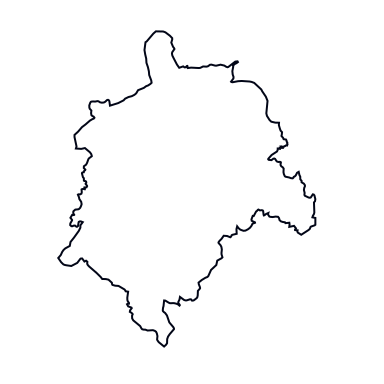 Ha Hoa, Phú Thọ, Vietnam, rotated 96°
{"feature_id": "81297802B43584820413656", "entity_name": "Ha Hoa", "entity_type": "district", "adm_level": 2, "iso_a3": "VNM", "parent_name": "Vietnam", "parent_adm1": "Phú Thọ", "projection": "orthographic", "projection_center": [105.009, 21.586], "detail": "fine", "context": "isolated", "style": "outline", "palette": "ink", "viewbox_px": 384, "rotation_deg": 96, "n_neighbors": 0, "source": "geoboundaries", "source_scale": "gbopen_adm2", "svg_char_len": 6028}
<svg xmlns="http://www.w3.org/2000/svg" viewBox="0 0 384 384"><g transform="rotate(96 192 192)"><path d="M271.6,318.1L275.5,314.8L277.4,312.4L277.8,311.2L278.0,309.5L278.2,304.3L274.5,298.7L270.2,296.1L269.8,295.6L269.6,294.3L272.4,291.7L271.4,290.2L272.3,288.8L274.4,288.7L275.4,288.1L276.7,286.7L282.5,278.4L286.1,273.9L287.9,272.2L287.6,268.7L287.9,265.9L290.6,262.2L291.7,262.0L292.7,261.4L293.2,258.6L293.1,255.4L293.3,254.8L296.0,248.9L297.1,247.9L297.7,247.6L297.8,245.1L303.9,245.3L306.1,245.0L307.3,244.5L308.9,243.1L309.6,243.0L309.8,244.2L310.4,244.9L312.4,243.5L313.3,240.1L313.8,239.8L316.2,241.2L317.7,241.3L318.5,239.5L319.7,238.2L321.3,238.7L324.0,238.3L325.8,237.0L330.8,229.5L333.0,228.0L333.7,227.2L333.9,225.9L333.8,223.9L334.4,221.7L333.5,216.4L334.0,214.4L334.8,213.1L336.3,212.2L338.9,211.3L342.3,211.3L343.1,210.9L344.8,209.4L348.6,203.6L346.7,201.9L345.0,201.0L340.8,201.3L338.3,200.7L335.7,199.3L330.3,195.6L329.5,195.7L328.3,196.5L324.1,200.9L317.4,204.0L315.1,206.1L314.3,207.5L313.4,208.5L312.6,208.7L310.2,208.7L308.5,208.4L302.8,208.4L302.8,207.2L304.5,203.6L304.9,202.3L304.4,198.3L304.7,196.0L305.2,194.2L306.3,192.6L305.8,192.3L305.4,192.5L304.0,193.9L303.4,194.1L302.7,194.1L300.3,193.2L297.6,193.0L300.2,188.6L300.5,187.2L300.4,186.1L298.9,182.7L298.9,181.7L300.0,180.7L299.9,179.7L299.4,178.7L297.0,176.2L296.0,175.7L294.2,175.5L289.7,175.8L287.2,174.0L286.7,173.9L285.5,174.3L283.0,175.6L281.4,176.0L278.5,173.1L275.9,169.7L274.9,167.8L273.9,167.0L267.5,164.9L262.1,160.2L257.6,159.7L254.8,155.7L253.8,154.9L250.9,156.1L249.6,156.3L246.1,156.3L243.6,157.0L242.0,158.0L240.0,160.2L239.3,160.4L237.7,159.5L235.5,157.7L232.2,155.9L232.1,152.5L233.0,149.2L232.3,148.5L230.8,148.0L230.3,147.2L228.9,143.2L224.3,143.9L221.4,143.5L223.2,141.8L224.4,140.0L225.2,136.8L224.8,134.8L223.2,132.4L221.5,130.6L219.4,129.3L217.2,128.5L216.0,126.1L215.6,126.2L214.4,129.6L213.0,130.0L209.4,129.1L209.4,128.1L204.7,126.2L204.0,125.4L202.8,124.6L202.5,124.0L203.2,122.6L202.8,120.8L202.9,119.8L203.4,119.3L207.2,118.4L207.8,118.1L207.6,117.6L206.1,116.0L204.9,113.9L206.0,114.1L206.6,113.9L208.3,112.5L208.5,111.8L208.5,109.2L207.7,106.2L207.7,103.8L208.9,102.7L210.8,102.0L211.9,100.5L212.3,98.7L212.4,96.4L213.2,95.8L212.4,92.0L213.9,91.6L216.5,91.6L215.0,87.0L217.3,84.8L218.7,85.6L219.1,85.5L219.1,83.0L220.3,83.1L221.3,82.5L223.1,78.9L217.7,72.2L216.4,71.0L214.5,70.5L214.0,70.1L212.3,66.5L211.7,65.9L204.9,66.6L204.6,69.6L203.1,69.3L201.1,68.4L199.6,68.2L189.6,69.6L188.3,68.7L186.2,68.6L182.6,69.9L181.8,70.7L181.7,71.6L185.0,73.3L185.4,74.1L185.3,75.5L183.9,79.4L183.1,79.9L181.1,79.9L178.3,80.9L176.0,80.8L174.7,80.3L173.5,80.4L172.0,81.6L170.9,84.0L169.4,84.2L168.1,85.6L165.3,86.0L164.0,86.9L160.8,88.0L161.9,89.5L164.8,90.6L165.7,91.4L166.3,92.4L167.1,92.6L167.9,93.3L167.9,95.0L167.4,96.9L167.0,100.7L166.5,101.4L164.6,102.5L162.7,103.1L159.1,103.3L157.9,104.4L157.1,105.9L156.0,106.7L154.6,106.9L153.7,106.6L153.0,106.9L152.8,107.7L153.1,109.0L152.9,110.5L152.3,111.3L150.4,112.8L150.1,113.7L150.4,114.6L152.0,116.3L152.0,119.0L151.6,119.6L151.0,119.6L146.9,116.7L142.8,111.7L141.3,111.2L139.8,111.3L139.9,109.2L138.9,109.4L138.7,107.0L137.4,108.3L137.3,107.9L137.7,105.8L137.4,105.3L136.8,105.0L136.6,104.2L135.7,103.2L135.8,102.3L134.5,102.0L133.5,102.5L132.8,102.4L132.0,103.1L130.9,103.4L130.0,104.0L129.9,106.4L128.7,107.0L126.9,108.9L125.6,108.7L123.1,108.7L121.7,110.3L119.6,111.3L116.4,112.6L114.0,112.7L114.3,116.4L113.8,120.5L112.3,122.4L108.5,125.4L106.0,126.3L93.5,126.4L89.5,128.5L84.5,132.7L82.8,133.8L77.0,141.5L76.3,144.2L76.1,146.3L76.4,154.2L77.0,157.8L78.6,163.1L78.5,164.3L78.2,164.7L74.8,162.7L73.3,162.7L70.9,163.8L67.6,164.5L63.0,164.1L62.2,164.4L60.4,163.1L59.2,161.2L58.0,159.9L57.3,160.4L57.8,162.6L63.9,169.0L64.2,169.8L63.8,171.3L62.9,173.0L62.4,176.9L63.8,181.0L63.9,182.2L63.3,186.0L63.6,187.4L65.3,189.3L65.8,190.6L66.0,194.1L67.7,196.8L68.0,198.2L68.4,205.9L69.2,209.2L68.8,209.6L67.4,209.6L67.1,209.8L67.2,210.2L68.5,211.3L68.8,211.9L68.8,212.5L68.0,213.9L69.8,217.7L66.8,220.3L60.9,224.2L58.4,225.8L56.5,226.4L55.1,226.3L51.6,224.4L50.5,225.1L49.6,226.0L45.6,228.2L42.3,227.6L41.0,227.8L38.9,230.3L36.0,235.1L35.4,237.4L36.0,244.7L38.5,247.0L47.0,252.8L47.9,253.9L55.8,254.1L60.1,252.9L64.1,251.5L68.3,250.8L72.4,248.9L76.5,247.5L80.1,246.8L85.3,244.2L87.6,243.6L88.9,244.7L90.7,246.9L91.5,248.6L93.5,250.8L96.4,256.3L99.5,257.7L100.5,258.5L101.5,259.6L103.0,261.9L104.2,265.1L105.7,267.5L106.1,268.2L108.0,269.6L111.3,274.7L114.7,282.6L110.3,283.7L109.4,284.4L109.1,285.2L109.5,286.2L111.3,287.7L112.2,289.0L112.6,291.0L112.4,292.9L111.6,294.4L111.5,295.5L112.2,297.8L112.3,299.9L112.6,301.4L112.9,302.0L113.8,302.5L116.6,303.2L118.8,302.9L119.9,302.4L121.5,300.6L124.2,300.6L126.2,300.0L126.9,298.9L127.3,297.7L128.4,296.8L129.2,297.3L130.1,298.9L131.7,301.0L135.9,304.9L139.0,308.2L143.9,311.6L147.5,314.8L149.6,314.6L158.8,311.6L160.9,312.0L160.7,306.6L159.5,303.1L163.2,297.6L164.8,296.2L166.4,295.5L166.9,295.4L169.2,297.9L170.2,298.5L174.0,299.4L175.9,300.2L177.7,302.2L179.5,302.1L180.9,300.4L181.4,300.5L182.4,301.5L183.7,301.7L183.9,302.7L184.3,303.3L185.0,303.4L188.7,302.0L189.6,301.0L192.0,300.7L192.3,300.2L192.3,299.0L192.7,298.4L193.9,298.1L194.8,298.7L195.2,298.6L196.5,297.2L197.1,296.9L198.4,297.4L198.7,299.5L199.3,299.5L200.2,298.8L200.5,298.9L200.3,300.3L200.6,301.6L201.0,302.1L203.7,301.6L205.2,301.8L206.0,302.9L206.2,304.8L206.6,305.2L208.9,303.9L210.8,303.3L213.3,301.2L215.6,300.5L217.2,300.8L219.3,301.5L220.7,302.6L221.1,303.3L221.7,306.2L223.4,307.8L224.1,308.0L225.2,307.9L226.1,307.6L226.8,306.8L227.1,306.8L227.3,307.2L227.3,308.8L230.4,310.2L232.2,308.4L232.7,308.3L235.9,309.7L237.6,309.7L238.6,308.4L238.5,307.2L237.9,306.4L237.6,304.9L238.6,303.3L238.6,302.7L237.7,301.8L233.9,301.6L233.5,301.4L232.9,300.3L232.9,299.3L233.4,297.5L236.8,299.5L239.2,299.3L242.5,300.5L249.7,304.6L254.4,307.6L258.4,307.9L261.3,312.1L263.1,313.7L265.1,314.8L268.4,315.9L271.6,318.1Z" fill="none" stroke="#020617" stroke-width="2"/></g></svg>